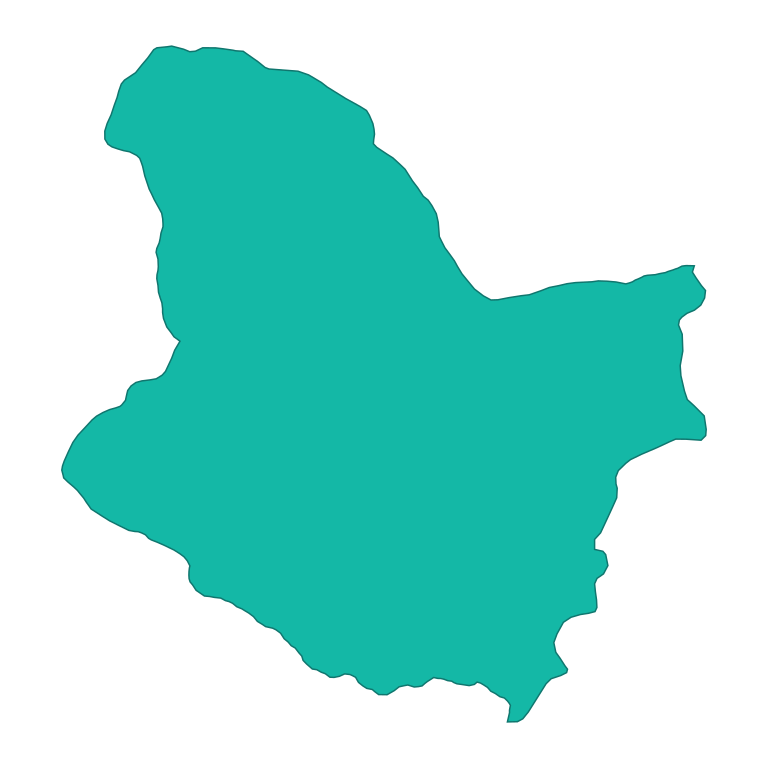 Thangrong, Mongar, Bhutan (Albers equal-area conic projection)
{"feature_id": "84629894B4520468763677", "entity_name": "Thangrong", "entity_type": "district", "adm_level": 2, "iso_a3": "BTN", "parent_name": "Bhutan", "parent_adm1": "Mongar", "projection": "albers", "projection_center": [91.336, 27.203], "detail": "fine", "context": "isolated", "style": "filled", "palette": "teal", "viewbox_px": 768, "rotation_deg": 0, "n_neighbors": 0, "source": "geoboundaries", "source_scale": "gbopen_adm2", "svg_char_len": 4271}
<svg xmlns="http://www.w3.org/2000/svg" viewBox="0 0 768 768"><path d="M243.2,51.3L235.7,50.8L233.0,50.2L223.1,48.8L215.6,47.9L202.7,47.8L195.4,51.2L189.7,51.7L183.6,49.2L171.7,46.1L166.9,46.8L156.9,47.8L153.7,49.7L147.7,58.0L142.0,64.7L135.6,72.7L124.5,80.1L121.3,84.0L118.8,91.1L117.1,97.5L114.4,104.9L111.1,114.9L107.2,123.4L104.8,131.1L104.9,139.1L108.0,144.3L112.0,146.9L117.8,148.9L123.5,150.6L129.6,151.8L136.7,155.4L139.7,158.2L141.1,161.8L142.6,166.2L144.8,175.9L149.2,189.1L151.6,193.9L154.3,199.7L158.7,207.6L161.7,213.2L162.7,218.7L163.0,223.6L163.0,226.8L161.0,233.1L160.2,238.4L159.2,242.9L156.8,248.4L156.1,252.3L158.0,259.1L158.3,266.7L158.0,270.3L157.0,274.8L156.8,278.6L158.0,285.5L158.5,292.2L160.2,297.9L161.9,302.8L162.6,308.6L162.6,312.5L163.5,318.4L166.8,327.0L171.0,332.5L174.0,336.8L180.0,341.2L174.7,350.2L171.7,358.2L168.7,364.6L165.5,371.4L162.1,375.2L156.2,378.8L150.0,379.9L141.8,380.9L135.9,382.5L131.1,385.9L127.7,390.5L126.6,395.1L125.5,400.3L121.7,405.0L120.0,406.4L115.7,407.9L109.6,409.6L103.0,412.5L96.6,416.1L92.2,419.8L86.6,425.9L78.0,435.1L72.9,442.4L68.4,451.7L64.2,461.1L62.5,466.0L61.8,470.1L63.2,475.5L63.7,477.9L67.8,481.9L73.7,486.9L77.4,490.4L79.8,493.4L83.7,498.1L86.5,502.5L88.9,505.8L91.1,509.0L102.4,516.3L109.9,521.0L119.9,526.0L128.9,530.4L134.9,531.5L138.3,531.7L141.6,532.9L145.5,534.8L148.6,538.3L151.3,539.9L156.7,542.0L163.2,544.8L174.0,550.0L180.0,553.8L184.0,556.8L187.3,560.8L189.9,565.9L189.4,567.9L189.0,571.5L188.9,575.3L189.1,578.7L190.1,581.9L192.6,584.9L196.1,590.3L204.4,596.0L209.7,596.5L214.4,597.4L220.8,598.1L225.4,600.6L229.1,601.6L232.6,603.3L236.7,606.7L242.0,608.9L244.5,610.5L248.7,613.0L253.5,616.6L257.4,621.4L262.4,624.4L265.6,626.6L272.7,628.2L276.0,629.8L280.6,633.2L284.2,638.8L288.0,641.9L291.2,645.7L295.2,648.0L299.2,653.2L301.8,656.1L303.1,660.4L306.6,664.0L309.8,666.8L312.3,669.0L316.8,669.7L321.2,672.2L325.3,673.7L329.9,677.2L334.1,677.4L339.4,676.3L344.7,673.9L350.0,674.5L352.4,675.6L355.6,677.3L358.5,682.4L363.0,686.0L366.8,688.4L372.3,689.5L374.7,691.6L378.7,694.6L381.0,694.6L387.1,694.7L394.3,690.6L399.1,686.8L404.1,685.7L407.8,685.0L414.2,687.0L418.5,686.6L422.1,685.9L424.9,683.4L427.4,681.5L433.7,677.5L437.8,678.4L440.8,678.5L443.9,679.2L447.6,680.6L451.8,681.2L453.7,682.5L456.9,683.8L461.3,684.4L469.2,685.6L474.4,684.4L477.1,682.1L480.4,683.0L483.5,684.8L487.5,687.4L490.8,691.2L495.3,693.5L499.9,696.7L504.4,698.0L507.5,701.0L509.3,703.4L510.4,705.3L509.5,710.2L509.5,712.8L507.4,721.9L517.4,721.7L522.8,718.8L528.3,712.0L546.1,683.7L551.2,678.7L560.8,675.5L566.6,672.6L567.5,669.2L565.0,665.9L560.1,658.3L555.8,652.3L553.8,642.6L557.0,633.9L563.4,622.3L570.9,617.3L580.5,614.5L588.5,613.3L595.0,611.6L596.9,607.5L596.5,599.8L595.4,591.8L594.6,583.8L597.0,578.4L603.5,573.9L607.9,565.6L605.7,554.6L602.9,551.3L594.6,549.4L594.6,543.6L594.6,539.4L600.6,532.8L608.2,516.5L612.3,507.6L616.7,497.8L617.2,488.2L616.0,484.0L615.7,477.2L618.3,470.6L625.8,463.3L630.5,459.6L641.4,454.3L656.8,447.7L669.0,442.0L675.7,439.1L686.1,439.2L701.1,440.2L705.7,435.6L706.2,429.4L704.2,415.9L693.9,405.6L687.3,399.6L684.5,391.2L680.9,375.7L680.2,365.6L682.8,351.0L682.2,334.2L678.5,325.0L679.4,320.0L681.9,317.1L687.0,313.3L694.5,310.1L700.8,305.1L704.6,298.0L705.5,290.5L701.4,285.6L696.1,278.0L692.4,272.1L694.3,265.8L686.2,265.6L682.0,266.1L677.7,268.3L675.7,268.9L672.8,270.0L669.9,270.9L667.7,271.6L665.4,272.6L662.0,273.2L659.4,273.7L655.2,274.7L652.4,274.9L649.9,275.1L647.4,275.3L644.0,276.0L641.7,277.3L638.0,279.0L635.2,280.1L632.5,281.8L629.5,282.9L625.8,283.9L616.1,282.0L606.9,281.2L598.3,280.9L591.8,281.8L575.5,282.6L567.1,283.7L559.0,285.6L549.3,287.5L540.8,290.8L529.2,294.8L521.4,295.7L509.2,297.6L497.8,299.8L491.0,300.0L483.4,295.9L474.5,289.1L466.9,279.9L462.0,273.9L457.4,266.3L454.4,260.8L450.1,254.8L444.9,247.8L441.4,240.9L439.3,236.6L439.0,232.2L438.2,222.2L436.3,213.7L431.9,205.6L428.1,200.1L423.3,196.3L417.8,187.9L412.4,180.8L405.1,169.3L400.0,164.4L392.9,157.9L386.9,154.1L376.7,147.3L373.4,143.8L373.7,139.7L374.5,134.2L374.0,129.1L372.9,123.6L369.3,115.2L366.5,110.5L360.1,106.5L345.8,98.6L327.3,87.1L321.4,82.5L308.6,74.9L298.0,71.2L269.0,69.0L265.1,67.5L257.8,61.6L246.4,53.6L243.2,51.3Z" fill="#14b8a6" stroke="#0f766e" stroke-width="1.5"/></svg>